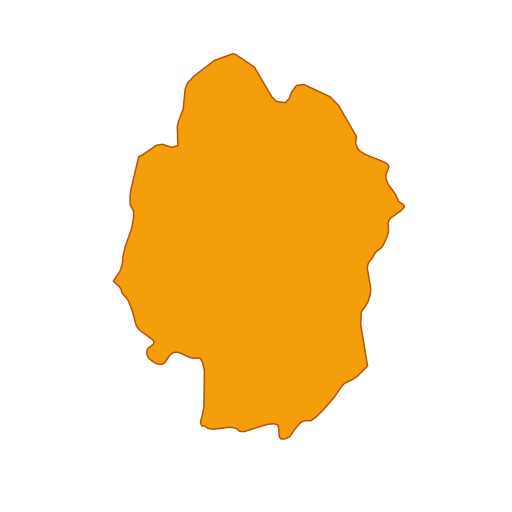 the Metropolitan department of Lozère, rotated 208°
{"feature_id": "FRA-5320", "entity_name": "Lozère", "entity_type": "Metropolitan department", "adm_level": 1, "iso_a3": "FRA", "parent_name": "France", "parent_adm1": "", "projection": "mercator", "projection_center": [3.454, 44.535], "detail": "fine", "context": "isolated", "style": "filled", "palette": "amber", "viewbox_px": 512, "rotation_deg": 208, "n_neighbors": 0, "source": "natural_earth", "source_scale": "10m", "svg_char_len": 2052}
<svg xmlns="http://www.w3.org/2000/svg" viewBox="0 0 512 512"><g transform="rotate(208 256 256)"><path d="M406.2,288.7L403.6,292.2L395.9,307.0L391.1,310.7L381.6,312.3L376.8,316.8L386.2,333.2L387.5,337.7L389.2,351.4L396.8,369.8L397.7,376.0L395.4,385.3L384.4,409.4L371.2,423.9L368.4,424.4L346.1,422.0L316.3,403.7L310.5,402.1L302.1,405.1L300.6,410.4L301.5,417.5L300.3,425.6L294.3,429.9L265.2,431.3L254.0,427.8L223.3,408.6L221.2,402.7L218.3,399.9L215.6,398.0L212.7,397.3L207.3,397.0L185.6,399.2L183.1,398.8L180.9,397.6L180.1,394.6L179.9,391.7L179.3,388.6L177.9,385.8L174.8,382.8L172.2,381.0L161.9,376.0L155.5,371.1L149.8,370.5L148.2,369.3L148.5,366.2L149.6,363.5L154.9,352.9L155.4,349.9L154.7,346.9L150.4,339.7L149.4,334.6L148.9,327.8L148.8,324.7L149.2,322.0L150.4,319.3L151.8,316.7L152.4,313.6L152.3,309.8L152.7,306.7L153.4,304.0L153.2,300.8L151.7,297.0L140.4,282.5L138.6,279.5L137.0,275.6L135.7,268.8L135.7,264.6L136.0,261.1L136.5,258.5L136.7,255.7L131.3,244.5L105.8,211.2L110.0,197.7L112.8,192.3L118.0,185.1L119.1,181.7L120.7,167.4L124.9,149.7L127.6,141.6L130.2,136.4L135.3,133.7L138.2,130.8L140.4,121.6L141.4,112.2L143.4,109.3L145.9,107.1L148.5,106.3L150.6,107.4L155.3,114.8L157.4,117.1L161.5,116.3L167.3,112.4L184.1,95.3L188.1,93.5L190.6,94.2L193.2,94.4L196.2,93.5L199.7,91.9L211.7,83.4L213.9,82.3L217.6,81.3L221.2,81.8L224.0,80.7L226.3,82.1L227.4,84.2L228.5,89.8L231.1,98.3L248.0,131.0L253.5,137.2L257.7,139.6L261.8,137.0L264.5,135.9L267.6,135.2L277.7,134.8L280.4,134.1L283.1,132.5L284.7,130.2L285.7,127.4L286.1,121.6L286.5,118.9L287.9,116.6L290.2,115.1L293.3,114.3L297.0,114.3L302.3,115.2L305.5,117.3L307.6,120.1L308.0,122.8L307.4,125.3L306.1,127.9L305.2,130.2L305.8,132.3L307.6,133.4L324.0,135.9L327.6,137.5L330.3,139.5L338.4,148.5L347.3,156.2L351.2,158.4L355.6,159.8L357.4,160.9L359.2,163.0L361.2,164.2L362.9,165.0L370.1,166.8L369.0,178.8L369.8,183.9L371.0,188.4L371.7,189.9L372.6,191.2L376.0,203.3L378.4,220.4L381.8,231.8L384.9,237.9L391.2,242.2L395.4,250.1L397.8,256.5L406.2,288.7Z" fill="#f59e0b" stroke="#b45309" stroke-width="1.5"/></g></svg>